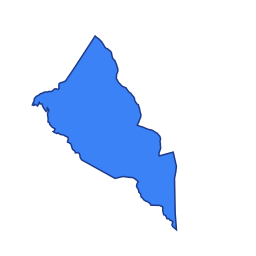 Jaguaribara, Ceará, Brazil, rotated 122°
{"feature_id": "56859067B84152218297204", "entity_name": "Jaguaribara", "entity_type": "district", "adm_level": 2, "iso_a3": "BRA", "parent_name": "Brazil", "parent_adm1": "Ceará", "projection": "orthographic", "projection_center": [-38.522, -5.579], "detail": "fine", "context": "isolated", "style": "filled", "palette": "blue", "viewbox_px": 256, "rotation_deg": 122, "n_neighbors": 0, "source": "geoboundaries", "source_scale": "gbopen_adm2", "svg_char_len": 2523}
<svg xmlns="http://www.w3.org/2000/svg" viewBox="0 0 256 256"><g transform="rotate(122 128 128)"><path d="M188.6,33.0L175.0,43.0L146.0,61.9L140.2,64.1L134.9,66.6L124.5,76.9L135.1,86.7L133.9,87.8L132.6,88.5L129.4,89.2L127.8,89.6L126.7,90.4L125.2,91.6L123.5,92.7L122.5,93.8L120.7,94.3L119.5,95.0L118.1,96.8L117.6,98.6L117.0,100.4L117.1,102.4L117.0,105.5L117.4,107.7L118.4,109.9L119.6,117.0L120.3,119.1L120.7,121.7L118.9,121.9L117.1,122.0L115.8,122.4L114.1,122.7L112.0,123.0L109.9,124.1L108.1,126.0L106.7,127.5L105.2,128.7L104.3,130.0L102.9,131.4L102.8,133.5L101.9,135.4L101.0,137.0L99.4,138.3L98.5,139.9L98.0,141.8L97.1,144.1L97.0,146.1L96.2,148.5L95.0,151.0L95.4,153.1L95.7,154.8L95.4,156.3L94.7,158.7L94.2,160.7L93.2,162.2L92.1,164.3L90.3,165.1L88.8,166.0L86.9,166.4L85.3,166.7L84.0,167.5L82.6,168.6L81.5,170.2L80.5,171.1L79.6,172.3L78.8,173.5L77.8,174.8L77.5,176.5L76.8,178.2L75.5,179.5L74.5,180.6L73.1,181.8L72.2,183.3L71.9,185.5L71.7,187.1L72.0,188.7L71.8,190.2L70.9,191.9L70.0,193.6L69.0,195.7L68.4,197.8L67.9,200.0L67.8,202.3L67.4,204.6L105.7,205.3L121.1,205.9L122.6,206.8L124.1,207.9L125.6,209.4L127.1,209.9L128.5,209.2L129.7,208.5L130.9,207.5L132.4,207.8L132.8,209.6L133.7,210.9L135.1,211.4L137.0,211.9L138.1,212.8L138.7,214.3L140.4,215.6L141.4,217.4L142.6,218.4L144.1,219.3L145.4,220.5L146.8,220.8L148.1,221.5L149.8,222.5L151.2,222.8L152.9,223.0L154.5,222.0L156.5,221.8L159.2,221.3L158.7,219.7L157.3,219.7L157.2,218.4L157.2,216.3L155.1,216.7L153.4,216.8L154.3,215.5L153.1,213.8L154.4,212.3L155.5,210.7L156.4,208.8L157.4,206.2L156.0,206.0L153.7,207.0L154.7,204.5L157.0,204.3L159.2,203.4L160.8,202.0L162.8,200.4L165.2,199.1L165.3,197.1L166.4,196.4L166.8,194.9L167.5,192.8L167.3,189.5L169.4,188.9L170.7,189.6L170.8,188.2L170.5,186.9L170.4,185.3L169.1,184.5L169.4,182.7L169.1,181.3L168.5,180.1L168.0,178.5L168.1,177.1L167.9,175.8L167.7,174.3L169.2,172.6L170.7,172.4L172.0,171.9L171.7,169.9L171.9,167.8L173.4,166.2L175.5,163.7L175.6,162.3L175.8,160.7L177.0,159.4L175.3,157.3L175.5,156.0L176.2,154.7L178.2,153.1L179.6,150.4L178.8,135.0L177.6,112.3L171.8,106.6L168.8,100.0L167.9,98.4L167.4,97.1L167.4,95.6L168.0,91.1L171.2,90.6L173.2,89.7L174.1,87.8L174.9,86.2L176.6,84.9L177.4,82.1L178.5,81.2L179.6,80.3L179.7,78.4L180.5,76.7L180.6,74.8L180.4,73.3L180.1,71.8L180.3,69.6L181.3,67.6L176.9,60.2L176.7,58.4L176.4,56.8L177.8,55.9L179.8,54.6L182.6,51.8L182.2,49.8L183.3,48.3L184.3,46.8L183.3,45.1L184.0,43.2L183.5,41.8L183.5,40.5L186.9,39.4L187.9,37.9L188.6,33.0Z" fill="#3b82f6" stroke="#1e3a8a" stroke-width="1.5"/></g></svg>